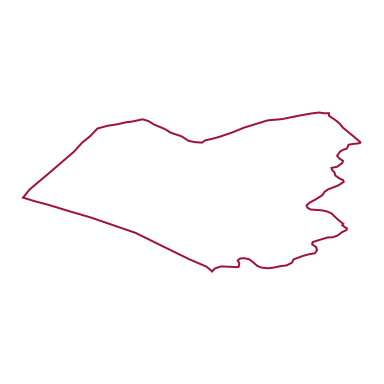 Boden, Norrbotten, Sweden (Equal Earth projection)
{"feature_id": "70781695B99694780009800", "entity_name": "Boden", "entity_type": "district", "adm_level": 2, "iso_a3": "SWE", "parent_name": "Sweden", "parent_adm1": "Norrbotten", "projection": "equal_earth", "projection_center": [21.596, 66.055], "detail": "fine", "context": "isolated", "style": "outline", "palette": "rose", "viewbox_px": 384, "rotation_deg": 0, "n_neighbors": 0, "source": "geoboundaries", "source_scale": "gbopen_adm2", "svg_char_len": 1664}
<svg xmlns="http://www.w3.org/2000/svg" viewBox="0 0 384 384"><path d="M328.9,113.2L324.1,113.3L319.2,112.5L311.1,113.5L298.7,115.7L282.0,119.1L267.5,120.4L243.9,127.7L232.4,132.4L219.8,136.7L211.5,139.0L205.3,140.3L202.1,142.6L195.3,142.2L193.5,141.8L188.6,140.9L181.5,136.3L171.0,132.8L164.5,128.9L154.0,124.5L148.5,121.1L142.5,119.3L132.4,121.5L126.0,122.3L117.2,124.3L108.0,125.7L97.4,128.5L90.0,136.3L82.2,142.6L73.8,151.8L51.6,170.9L29.8,189.3L23.0,197.6L34.0,201.0L49.3,205.1L69.9,211.4L90.5,217.4L112.9,225.1L135.6,232.9L164.2,247.0L189.4,259.3L206.4,266.6L211.0,270.4L212.1,271.5L214.8,268.5L221.0,266.4L227.7,266.7L231.0,266.8L236.5,267.2L238.7,266.8L239.3,263.2L237.7,260.5L240.1,258.5L244.2,258.2L249.2,259.3L252.1,261.4L255.1,264.0L257.5,266.0L261.6,267.6L267.9,268.3L273.6,267.6L280.9,266.1L286.6,265.4L292.0,262.6L293.5,259.4L303.0,255.9L308.1,254.5L315.0,253.2L317.0,250.1L316.0,247.0L312.2,244.4L312.6,242.1L316.6,240.8L327.8,237.4L332.5,237.3L337.2,235.7L339.6,234.1L341.7,232.3L346.5,230.0L346.9,228.4L344.5,226.9L342.3,225.2L343.3,223.8L340.7,221.9L338.0,219.6L335.0,216.8L331.2,213.2L326.5,211.3L321.4,210.3L315.9,209.9L310.4,209.5L307.4,207.6L306.6,205.4L310.0,202.4L315.5,199.5L322.3,195.2L324.7,191.7L328.0,189.4L338.0,185.5L341.0,183.7L343.7,181.9L343.1,180.1L339.4,178.4L335.2,175.4L334.6,172.7L331.9,169.6L331.5,167.9L337.2,166.7L339.5,165.1L342.3,163.0L343.0,160.8L339.5,158.6L337.1,155.8L340.2,151.4L343.2,149.8L346.7,148.7L347.7,146.8L348.5,144.8L352.4,144.0L358.3,143.4L361.0,142.6L360.9,142.6L352.6,135.6L343.0,127.7L339.7,123.7L337.1,121.4L333.5,118.8L329.1,115.9L328.9,113.2Z" fill="none" stroke="#9f1239" stroke-width="2"/></svg>